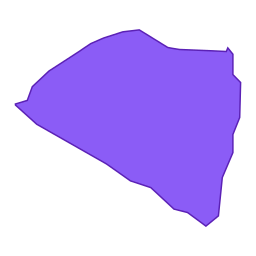 Barnard Hill, Castries, Saint Lucia
{"feature_id": "8701671B17450854784889", "entity_name": "Barnard Hill", "entity_type": "district", "adm_level": 2, "iso_a3": "LCA", "parent_name": "Saint Lucia", "parent_adm1": "Castries", "projection": "natural_earth1", "projection_center": [-60.989, 14.014], "detail": "fine", "context": "isolated", "style": "filled", "palette": "violet", "viewbox_px": 256, "rotation_deg": 0, "n_neighbors": 0, "source": "geoboundaries", "source_scale": "gbopen_adm2", "svg_char_len": 556}
<svg xmlns="http://www.w3.org/2000/svg" viewBox="0 0 256 256"><path d="M227.8,47.9L226.3,51.5L211.7,50.8L179.5,49.5L172.1,48.3L167.8,47.5L162.1,44.0L139.3,29.9L123.9,31.7L122.6,31.9L104.2,37.8L101.3,39.0L90.8,43.6L84.2,48.0L79.1,51.5L49.0,71.0L34.0,85.1L32.3,86.7L27.3,100.4L15.4,104.0L15.5,105.1L36.8,124.3L106.4,163.9L130.5,180.9L150.8,187.6L174.0,209.1L187.5,212.5L197.3,219.7L205.9,226.1L218.4,215.9L222.3,177.5L232.9,152.6L232.9,134.5L239.7,117.5L240.6,82.5L232.9,74.6L232.9,54.2L227.8,47.9Z" fill="#8b5cf6" stroke="#5b21b6" stroke-width="1.5"/></svg>